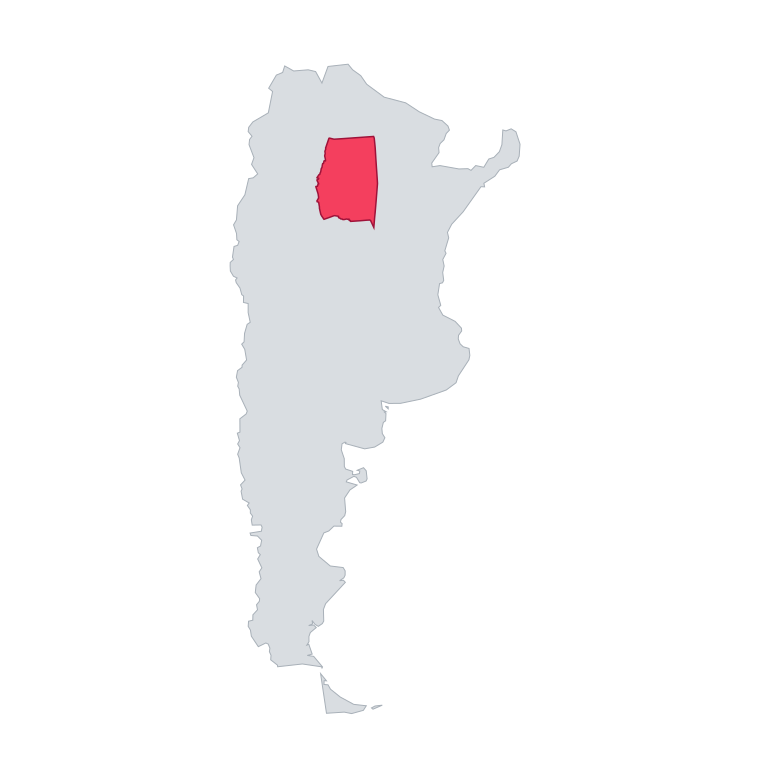 location of Santiago del Estero within Argentina, rotated 355°
{"feature_id": "ARG-1304", "entity_name": "Santiago del Estero", "entity_type": "Province", "adm_level": 1, "iso_a3": "ARG", "parent_name": "Argentina", "parent_adm1": "", "projection": "orthographic", "projection_center": [-64.331, -27.868], "detail": "fine", "context": "in_parent", "style": "filled", "palette": "rose", "viewbox_px": 768, "rotation_deg": 355, "n_neighbors": 0, "source": "natural_earth", "source_scale": "10m", "svg_char_len": 5873}
<svg xmlns="http://www.w3.org/2000/svg" viewBox="0 0 768 768"><g transform="rotate(355 384 384)"><path d="M465.4,230.7L460.4,238.5L461.2,244.0L456.2,256.6L457.2,259.2L453.4,265.1L454.2,271.7L452.2,278.0L452.5,286.0L451.1,288.3L448.1,288.8L445.4,299.8L447.4,310.6L445.0,312.5L448.6,320.5L460.3,327.8L466.0,335.1L466.0,337.9L462.5,342.0L461.9,345.6L463.3,350.6L466.1,353.8L471.8,356.0L472.0,363.0L470.7,367.3L458.8,382.4L455.9,389.0L445.5,395.4L419.1,402.3L398.8,404.7L387.3,403.8L379.7,400.5L380.1,409.3L383.8,411.9L381.9,412.0L383.4,413.6L382.4,420.8L380.0,422.2L378.0,428.1L378.0,433.3L380.2,437.6L377.8,441.8L369.2,446.0L359.1,446.9L340.3,440.0L341.0,438.9L340.0,438.5L337.0,439.9L335.7,445.8L337.9,454.9L337.3,462.8L338.4,465.4L345.2,468.3L344.7,471.5L346.9,471.8L351.7,471.1L352.3,468.6L349.8,467.6L356.3,465.6L358.7,468.9L358.9,477.0L357.7,479.1L352.6,480.6L351.2,480.2L348.4,474.5L345.9,473.4L338.8,476.4L337.9,478.2L348.4,482.3L340.8,486.6L334.8,494.1L334.7,507.8L333.4,511.7L329.3,515.3L328.6,517.9L330.1,519.4L329.6,522.0L321.7,521.2L316.2,525.6L311.1,527.1L302.4,542.6L304.1,550.1L314.6,560.6L327.3,563.3L329.0,566.8L328.6,571.1L327.1,573.6L322.6,576.1L326.5,576.0L328.2,578.2L306.7,597.7L304.0,603.3L303.3,614.9L301.7,617.3L297.4,619.7L294.3,617.4L291.7,613.3L292.0,616.7L287.9,618.1L292.9,618.0L295.3,620.7L288.9,625.2L287.2,629.0L286.8,634.2L284.4,637.4L286.4,636.7L288.9,646.8L283.9,647.7L290.2,649.2L298.1,660.5L297.5,661.5L297.2,660.3L278.3,655.8L253.4,656.4L253.4,654.8L247.1,648.9L247.8,644.4L246.5,640.7L247.3,637.2L246.0,633.0L243.7,631.7L235.9,634.7L229.9,623.7L229.5,617.5L227.6,613.6L228.4,608.5L232.7,607.9L233.3,602.5L238.3,597.9L237.8,592.8L240.9,589.6L241.4,587.0L237.6,580.5L239.1,573.1L244.5,567.2L243.3,560.2L246.3,556.5L242.9,547.3L245.9,543.2L244.1,541.1L243.6,536.1L246.9,534.6L248.5,529.0L244.7,524.4L238.2,523.3L237.6,520.8L249.0,520.0L250.1,516.0L249.2,513.7L240.4,513.1L240.0,507.7L241.6,504.2L239.6,500.9L239.9,497.7L237.3,493.1L239.3,490.8L233.1,486.4L232.3,478.3L233.5,476.2L232.3,472.0L237.2,467.6L234.1,460.0L233.3,445.1L232.1,441.2L235.0,434.9L233.0,431.0L235.1,427.8L233.6,420.2L236.3,419.4L237.4,406.1L244.1,401.8L245.4,399.1L239.3,382.6L239.3,376.3L238.1,373.5L239.1,369.7L237.5,364.4L239.3,357.9L244.0,355.0L244.3,352.8L249.2,348.1L248.3,337.3L245.7,331.9L248.3,329.8L249.5,321.4L252.9,312.6L256.1,310.9L254.9,301.0L255.7,292.0L251.1,290.5L251.8,284.1L250.1,282.6L248.9,275.9L245.6,270.1L245.2,267.4L246.9,265.6L243.4,263.5L240.8,258.1L241.0,253.0L241.4,249.5L244.9,246.8L244.1,244.4L246.6,233.9L250.3,233.1L252.1,229.4L250.0,227.5L250.2,221.2L248.0,212.3L251.3,207.7L253.7,193.7L261.9,183.4L267.1,167.6L271.7,167.2L276.5,163.7L271.2,153.7L274.2,147.2L270.4,133.8L271.4,128.7L274.1,125.7L270.7,120.7L271.6,116.5L276.2,111.5L292.4,103.8L298.5,82.9L294.9,79.3L303.7,66.9L310.2,64.8L312.8,58.5L321.3,64.3L335.9,64.4L343.1,66.8L348.4,78.8L355.9,62.8L376.1,62.3L380.1,68.2L387.7,74.8L392.9,83.9L409.2,98.3L430.1,105.8L442.7,115.8L457.4,124.5L464.7,126.6L470.2,132.6L471.3,136.8L467.8,139.9L465.0,146.0L460.9,149.3L459.0,153.3L459.0,158.3L450.8,168.1L450.9,171.8L458.8,171.3L477.4,176.3L486.4,176.8L489.3,178.8L494.4,174.4L502.3,176.8L508.0,169.0L513.3,167.8L519.2,162.6L522.3,155.9L524.5,141.3L527.6,142.5L532.9,140.9L537.4,144.2L540.4,157.0L538.5,168.9L536.0,173.5L530.1,175.7L526.8,178.9L517.8,180.7L512.5,186.7L501.0,192.7L501.4,196.4L497.8,195.9L477.8,219.4L465.4,230.7ZM298.0,707.0L295.6,667.0L300.8,674.7L298.5,674.3L298.0,678.1L302.0,678.8L304.1,683.4L313.1,692.0L325.9,700.5L338.3,703.0L335.0,707.3L323.0,709.5L315.8,707.4L298.0,707.0ZM343.3,705.6L347.0,704.0L354.3,703.8L344.7,707.0L343.3,705.6ZM386.2,407.2L386.0,409.1L383.4,406.2L386.2,407.2Z" fill="#d9dde1" stroke="#a8b0b8" stroke-width="1"/><path d="M365.2,136.0L395.2,136.5L395.7,138.2L395.8,146.3L395.8,148.6L395.5,159.4L395.1,179.9L395.0,183.7L393.8,190.9L391.9,202.2L390.2,212.0L389.2,217.3L387.5,227.2L384.9,220.0L384.1,219.4L381.2,219.3L375.2,219.3L365.2,219.1L364.9,219.1L364.7,218.9L364.7,218.4L364.7,218.2L364.4,218.1L363.7,218.0L363.6,217.9L363.5,217.7L363.6,217.2L363.6,216.9L363.5,216.7L363.4,216.7L363.2,216.7L362.6,216.8L362.4,216.8L361.2,216.4L360.9,216.4L358.8,216.7L358.5,216.7L357.5,216.6L357.3,216.6L357.2,216.5L357.0,216.3L356.8,216.1L356.7,216.1L355.4,215.8L355.3,215.7L355.1,215.6L355.0,215.3L354.9,215.2L353.6,214.5L353.3,214.3L353.2,214.1L353.3,213.8L353.3,213.3L353.3,213.1L353.2,213.0L353.1,212.9L349.6,212.0L348.9,212.0L347.0,212.5L343.7,213.4L338.6,214.7L338.2,214.2L338.0,213.8L337.9,213.7L337.8,213.3L336.6,211.3L335.8,209.4L335.0,203.5L335.1,201.8L334.8,197.9L334.7,197.6L334.7,197.4L334.2,197.0L333.5,196.6L333.3,196.6L333.2,196.4L333.2,195.6L333.3,195.4L333.6,195.2L333.9,194.7L334.1,194.3L334.5,193.8L334.8,193.5L335.0,193.0L335.1,191.9L334.9,188.8L333.3,181.5L333.5,181.3L333.7,181.2L333.9,181.2L334.0,181.2L334.3,181.3L334.5,181.3L334.7,181.2L334.9,181.2L335.0,181.0L335.2,180.7L335.7,179.0L335.9,178.9L336.0,178.8L336.3,178.8L336.3,178.5L335.8,177.4L335.1,175.7L335.0,175.2L335.2,174.6L335.3,174.6L335.8,174.6L336.0,174.5L336.4,174.3L336.6,174.1L336.8,173.7L336.8,173.4L336.4,173.2L336.1,173.0L335.7,173.0L335.5,172.9L335.2,172.7L336.2,171.3L336.5,171.1L337.3,170.0L337.6,169.8L337.7,169.7L338.2,169.6L338.3,169.5L338.4,169.3L338.8,168.1L339.2,167.6L339.7,166.2L339.9,165.3L340.2,164.1L340.3,164.0L340.4,163.8L340.5,163.6L340.6,163.4L340.8,163.3L341.1,162.8L341.7,160.3L342.0,159.4L342.1,159.1L342.3,159.0L342.6,159.0L342.8,159.0L342.9,158.9L343.0,158.8L343.1,158.6L343.6,156.7L344.0,156.4L345.1,156.6L345.2,156.2L345.2,155.4L345.1,153.9L344.8,151.8L344.8,151.7L344.8,151.4L345.5,149.3L345.5,148.7L345.4,147.3L345.6,146.6L346.3,145.2L346.4,144.8L346.4,144.6L346.4,144.0L346.4,143.7L346.6,143.4L350.4,134.8L350.8,134.3L351.5,134.4L355.0,135.6L355.7,135.8L365.2,136.0Z" fill="#f43f5e" stroke="#9f1239" stroke-width="1.5"/></g></svg>